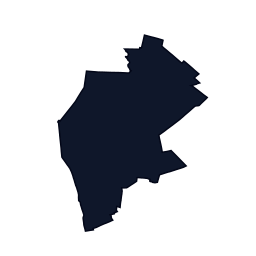 the district of Sanandrei, Timis, Romania, rotated 60°
{"feature_id": "2599482B6539114873725", "entity_name": "Sanandrei", "entity_type": "district", "adm_level": 2, "iso_a3": "ROU", "parent_name": "Romania", "parent_adm1": "Timis", "projection": "mercator", "projection_center": [21.197, 45.88], "detail": "fine", "context": "isolated", "style": "filled", "palette": "ink", "viewbox_px": 256, "rotation_deg": 60, "n_neighbors": 0, "source": "geoboundaries", "source_scale": "gbopen_adm2", "svg_char_len": 5318}
<svg xmlns="http://www.w3.org/2000/svg" viewBox="0 0 256 256"><g transform="rotate(60 128 128)"><path d="M196.0,216.4L196.6,214.9L197.7,211.9L198.6,209.7L198.9,208.9L197.5,208.5L197.9,206.6L198.1,205.7L198.3,204.7L198.3,204.3L198.3,203.8L198.4,202.9L198.5,201.8L198.5,200.9L198.7,199.3L198.8,198.3L199.0,196.6L199.4,194.3L199.7,191.9L199.9,190.6L200.0,188.9L200.2,187.3L199.8,187.3L199.6,187.3L199.4,187.3L199.1,187.4L198.9,187.4L198.5,187.5L198.3,187.4L198.0,187.4L197.8,187.4L197.4,187.3L197.1,187.2L196.8,187.1L196.5,187.0L196.3,186.9L196.1,186.9L196.0,186.7L195.9,186.6L195.7,186.6L195.4,186.7L195.1,186.5L194.8,186.6L194.7,186.7L194.6,186.8L194.4,187.0L194.2,187.0L194.3,186.6L194.7,185.3L195.4,182.8L194.5,182.4L194.9,181.0L194.4,180.9L194.4,180.7L194.8,179.8L195.0,179.1L193.4,179.2L192.8,178.8L192.5,178.6L192.3,178.5L192.1,178.3L191.7,178.0L191.2,177.6L190.2,177.0L190.2,176.9L190.5,176.6L190.8,176.3L191.3,175.9L192.1,175.2L192.4,174.9L192.8,174.6L190.4,172.9L189.6,172.3L189.1,172.0L188.7,171.6L188.2,171.2L187.8,170.9L187.5,170.6L187.2,170.3L186.7,170.0L183.4,167.5L182.1,166.4L180.4,165.2L179.9,164.8L179.8,164.7L179.6,164.6L176.6,163.4L177.9,161.3L179.0,159.2L179.1,158.5L179.1,158.0L179.1,157.9L179.0,156.6L178.8,153.6L178.7,151.0L178.5,148.4L178.4,147.2L176.5,145.8L175.5,145.1L175.5,144.9L176.4,143.4L177.4,141.9L177.6,141.7L178.0,141.1L178.4,140.4L179.1,139.4L179.5,138.8L180.0,138.2L180.4,137.6L180.6,137.4L180.7,137.1L180.9,136.9L181.2,136.5L181.3,136.4L181.5,136.2L182.5,135.6L182.6,135.3L182.9,135.1L183.0,134.9L183.2,134.7L183.4,134.6L183.7,134.7L183.8,134.8L184.0,134.9L184.1,135.1L184.3,135.3L184.5,135.4L184.6,135.5L184.8,135.6L185.0,135.7L185.3,135.6L185.6,135.4L185.9,134.8L186.1,134.6L186.2,134.3L186.3,134.2L186.5,134.0L186.6,133.9L186.8,133.9L187.1,134.0L187.2,133.8L187.3,133.7L187.5,133.7L187.8,133.4L187.9,133.2L188.1,132.9L188.2,132.6L188.8,132.2L189.0,131.7L189.2,131.2L189.3,130.8L189.4,130.5L189.6,129.9L189.7,129.7L188.3,128.3L185.6,125.5L184.3,124.1L184.6,122.4L184.8,121.8L185.3,119.3L185.9,116.6L186.2,115.2L186.6,114.0L186.8,113.2L187.3,110.8L187.9,108.0L188.0,107.4L188.7,104.3L189.1,102.5L189.7,99.5L189.9,96.6L182.9,98.4L176.6,100.0L169.0,102.0L169.0,102.3L168.8,102.9L167.8,106.1L166.5,109.5L166.2,110.5L162.1,109.0L159.1,108.0L154.7,106.6L152.4,105.9L150.8,105.3L149.9,105.1L149.6,105.0L149.4,103.2L148.8,97.4L148.4,94.6L148.0,90.9L147.4,86.1L146.5,79.1L145.9,76.1L145.8,75.4L145.1,72.2L144.2,67.2L143.3,62.9L142.8,60.3L142.7,59.7L142.6,59.3L142.7,58.7L142.7,58.3L142.9,57.9L143.2,57.3L143.9,55.7L144.0,55.3L144.0,54.9L143.9,54.6L143.5,53.1L143.3,52.5L142.5,49.1L141.8,46.1L141.5,45.1L141.3,44.4L141.2,44.1L136.7,46.1L134.1,47.1L130.0,48.8L127.4,49.9L123.4,51.5L123.0,51.9L123.5,49.7L124.3,46.7L124.2,46.5L124.1,46.3L124.8,43.4L120.9,44.6L117.8,45.7L117.2,43.2L116.6,39.6L115.1,40.1L110.9,41.6L108.6,42.3L104.3,43.8L99.3,45.6L97.9,46.2L98.9,48.9L98.1,49.2L97.2,49.6L93.8,50.8L89.2,52.4L87.1,53.1L83.7,54.4L79.7,55.8L76.6,57.0L74.3,57.7L74.1,57.9L71.7,55.8L69.5,53.8L69.3,53.9L67.0,56.1L65.4,57.6L64.1,58.9L62.2,60.8L61.2,61.9L59.9,63.2L58.0,65.1L57.1,66.0L55.8,67.3L60.9,72.0L65.4,76.3L64.3,77.6L65.5,78.8L60.3,87.5L58.0,91.4L58.4,91.3L58.7,91.2L59.0,91.2L59.3,91.2L59.6,91.3L59.9,91.4L60.1,91.4L60.5,91.4L60.8,91.4L61.0,91.3L61.2,91.2L61.4,91.1L61.5,90.9L61.6,90.7L64.4,90.5L64.5,90.5L64.6,90.8L64.7,91.1L64.8,91.4L65.1,91.6L65.5,91.9L65.7,92.2L65.9,92.5L66.0,92.7L65.0,94.4L65.1,94.5L65.5,94.5L65.7,94.4L66.1,94.3L66.5,94.2L66.8,94.1L67.1,94.1L67.3,94.0L67.5,94.0L68.1,94.0L68.6,94.0L68.9,94.1L69.2,94.1L69.5,94.0L69.8,93.9L70.1,93.7L70.3,93.6L70.6,93.6L70.9,93.6L71.2,93.6L71.5,93.6L71.8,93.7L72.0,93.8L72.4,94.0L72.6,94.3L72.6,94.5L72.8,94.7L72.8,95.0L72.9,95.3L73.0,95.9L73.2,96.3L73.3,96.5L73.5,96.6L73.9,96.8L74.3,97.0L74.8,97.1L75.1,97.2L75.4,97.1L76.1,97.0L76.4,97.0L76.8,97.0L77.2,97.0L77.9,97.0L78.3,97.1L78.6,97.2L78.9,97.3L79.1,97.2L80.0,96.7L80.6,99.0L80.9,99.7L78.9,102.8L75.8,107.6L71.0,115.6L67.0,122.0L65.3,124.8L65.2,125.1L58.0,135.5L71.0,145.7L73.6,150.8L76.5,156.2L78.7,160.1L81.1,165.9L84.0,173.3L84.1,173.5L87.1,181.1L88.1,183.5L87.3,183.7L87.2,183.7L87.1,183.8L86.9,184.1L87.0,184.4L87.0,184.6L87.3,185.1L87.6,185.6L87.7,185.8L87.8,185.8L87.9,185.7L88.0,185.6L88.1,185.4L88.4,185.4L89.0,185.7L89.4,185.8L94.2,188.0L95.4,188.5L98.2,189.8L99.2,190.2L99.6,190.4L99.9,190.6L101.5,191.3L103.0,192.0L106.6,193.6L111.8,195.9L114.1,197.0L114.9,197.4L120.2,199.8L122.0,199.7L122.7,199.6L125.6,199.3L130.4,198.9L130.6,198.8L133.4,198.6L133.7,198.5L134.2,198.5L134.6,198.6L135.9,198.7L137.0,198.8L138.1,198.9L139.6,199.2L140.9,199.4L141.4,199.5L142.2,199.7L144.1,200.2L145.8,200.5L148.9,201.3L149.9,201.5L151.3,201.9L151.6,201.9L151.8,202.0L152.0,202.0L152.3,202.0L152.5,202.0L152.9,202.1L153.2,202.1L154.1,202.3L154.7,202.4L155.1,202.5L155.4,202.6L156.2,202.8L156.9,202.9L158.5,203.3L158.9,203.4L160.1,203.8L160.5,203.9L161.4,204.3L163.5,205.6L165.5,206.6L166.2,206.9L166.3,207.0L166.5,206.9L167.0,206.8L167.6,206.7L167.8,206.6L168.1,206.4L168.4,206.4L168.6,206.5L169.3,206.8L170.8,207.4L174.1,208.1L175.1,208.4L178.2,209.0L181.0,209.6L181.4,209.8L181.7,210.0L183.0,211.5L183.4,211.8L183.9,212.1L184.4,212.3L184.6,212.4L185.9,212.9L188.1,213.8L190.0,214.7L191.4,215.1L193.8,215.7L196.0,216.4Z" fill="#0f172a" stroke="#020617" stroke-width="1.5"/></g></svg>